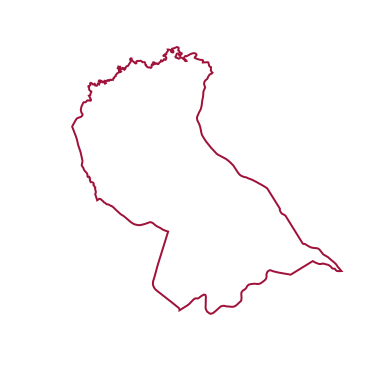 the district of Dambae, Kâmpóng Cham, Cambodia, rotated 328°
{"feature_id": "14789045B62933038539463", "entity_name": "Dambae", "entity_type": "district", "adm_level": 2, "iso_a3": "KHM", "parent_name": "Cambodia", "parent_adm1": "Kâmpóng Cham", "projection": "orthographic", "projection_center": [105.919, 12.024], "detail": "fine", "context": "isolated", "style": "outline", "palette": "rose", "viewbox_px": 384, "rotation_deg": 328, "n_neighbors": 0, "source": "geoboundaries", "source_scale": "gbopen_adm2", "svg_char_len": 5868}
<svg xmlns="http://www.w3.org/2000/svg" viewBox="0 0 384 384"><g transform="rotate(328 192 192)"><path d="M147.6,58.5L146.4,59.1L143.5,61.0L141.2,63.4L140.3,66.0L140.4,68.0L139.6,69.0L137.8,69.4L133.6,68.6L132.0,69.1L126.2,72.3L125.0,73.1L123.0,83.5L121.9,87.5L120.4,91.7L118.7,98.9L115.7,107.4L115.0,108.4L112.7,110.8L112.5,111.6L112.6,114.0L112.3,115.2L112.2,116.7L112.7,119.7L112.8,121.1L112.2,122.5L111.7,123.2L111.7,124.0L112.9,124.5L112.9,125.7L112.3,126.3L112.4,127.1L111.7,127.8L111.3,129.9L112.1,130.4L112.9,131.3L113.2,132.1L112.9,133.2L112.1,133.8L112.3,135.3L112.1,136.4L112.4,136.9L111.6,137.7L110.5,141.0L109.6,142.0L108.8,142.4L107.2,148.8L109.7,148.6L110.7,149.5L111.6,152.4L111.8,153.9L112.5,155.0L113.1,157.1L114.7,158.5L115.8,160.7L116.4,161.3L117.3,163.6L117.6,165.2L119.5,172.2L120.1,173.8L121.4,176.4L124.1,184.9L125.0,187.0L126.1,188.9L128.2,191.0L129.2,191.9L130.9,192.8L135.3,194.2L140.0,195.2L140.9,195.6L142.3,197.5L143.4,201.0L144.4,203.1L145.9,205.4L147.3,208.4L149.0,210.8L150.8,212.9L124.3,235.7L115.0,244.3L111.4,247.4L109.9,249.6L109.5,250.9L109.2,252.6L109.3,254.8L109.7,256.5L116.0,273.8L119.3,283.2L119.2,284.9L118.7,285.7L127.9,285.7L130.3,285.5L136.2,284.0L137.8,283.9L138.7,284.1L140.1,285.1L141.0,285.5L144.3,285.2L146.6,285.2L147.8,285.4L148.8,286.3L148.5,287.8L141.8,298.0L141.4,301.3L142.5,304.2L143.3,305.2L145.5,305.8L148.0,305.6L155.5,304.3L157.4,304.7L158.9,305.5L160.2,306.9L165.4,310.8L167.5,311.6L169.9,311.5L176.0,310.3L177.7,308.4L179.6,304.9L180.7,303.4L183.0,302.5L184.6,302.6L186.3,302.4L187.2,302.1L188.8,301.1L190.9,300.6L193.1,301.3L196.3,302.8L198.7,304.7L200.5,305.6L202.2,305.8L204.0,305.7L206.9,305.4L208.2,305.0L209.7,304.1L210.6,303.0L211.3,301.5L213.2,299.9L214.7,299.4L216.6,299.6L217.5,300.4L218.6,302.0L222.5,306.0L231.9,314.4L257.8,314.6L259.0,316.9L261.6,320.4L263.0,321.3L265.2,322.1L268.9,326.0L270.0,328.2L270.6,331.4L272.4,332.7L272.5,334.3L273.0,335.7L274.5,336.9L276.8,338.2L276.4,334.9L276.0,333.1L275.9,329.7L275.3,327.2L274.1,323.7L272.8,319.3L270.2,314.3L269.8,310.0L269.5,308.1L269.0,306.8L267.9,305.7L264.8,303.3L263.6,302.1L262.0,299.6L260.8,297.0L260.1,295.8L258.9,295.0L258.6,294.5L258.7,261.5L257.7,259.4L257.0,258.6L256.6,256.9L256.6,255.4L256.9,253.7L257.7,252.8L257.7,228.8L255.9,224.8L251.4,216.7L249.2,213.1L247.0,210.3L245.8,208.4L244.0,206.7L242.7,204.9L241.8,203.2L241.4,201.2L241.2,198.1L241.1,191.6L240.4,188.3L239.4,184.7L238.3,181.9L234.1,174.7L233.2,172.7L231.7,165.0L230.7,156.8L230.6,153.4L230.7,148.8L231.3,146.8L232.9,142.7L233.4,141.1L234.1,138.4L234.5,134.1L235.1,132.6L235.9,131.2L239.9,128.4L243.4,126.4L246.0,123.8L248.8,120.3L251.9,117.0L253.0,115.6L253.9,114.2L254.9,112.9L256.4,111.7L258.4,110.5L259.5,106.7L260.7,105.3L262.4,104.4L264.7,104.2L265.4,103.9L266.4,103.0L269.3,101.7L271.5,102.0L272.0,102.0L272.6,101.7L272.3,100.9L272.3,99.9L272.5,98.7L274.2,96.4L274.2,95.9L273.4,94.9L273.5,94.0L274.5,90.8L274.0,90.2L269.8,87.9L270.2,87.2L270.9,86.6L271.0,85.9L270.2,85.1L269.3,84.5L267.0,82.1L265.4,79.7L265.6,79.4L266.5,78.9L267.8,78.7L268.5,78.1L268.7,77.4L268.4,76.5L267.8,75.7L267.3,75.4L265.8,74.6L263.1,74.2L259.3,74.0L258.8,73.4L257.8,73.2L257.2,73.4L256.2,74.1L256.2,75.5L256.9,77.5L256.8,78.0L256.0,77.7L255.6,77.0L255.6,75.6L255.1,74.5L254.7,73.0L254.0,72.1L253.5,71.8L252.4,72.0L251.4,71.9L251.0,71.4L250.6,70.6L249.6,69.5L249.6,68.5L250.7,68.1L252.0,66.9L252.6,66.7L253.3,67.0L253.8,67.4L253.8,68.7L253.5,69.7L253.8,70.0L254.2,70.0L255.3,69.6L255.9,69.6L256.6,69.3L256.8,68.8L255.7,67.3L255.7,65.3L255.4,64.6L257.0,62.9L257.1,62.4L255.9,61.0L253.0,60.6L252.0,60.3L251.2,59.9L250.8,60.0L250.6,60.8L250.9,62.4L250.4,63.5L249.8,63.6L249.3,63.3L248.7,62.4L248.7,61.8L249.1,61.2L248.9,60.1L248.0,59.1L246.9,58.3L246.4,59.4L245.9,59.8L244.1,60.4L243.3,61.4L242.0,60.9L240.5,61.0L240.0,61.3L240.2,61.8L240.8,62.0L241.5,62.5L241.6,63.0L241.3,63.5L241.3,64.6L241.1,65.0L239.7,65.9L239.3,65.8L238.8,64.6L236.6,65.4L235.9,65.3L235.8,64.2L235.4,64.0L234.9,64.5L234.2,64.9L232.9,64.9L231.6,65.6L231.2,65.6L230.6,65.3L230.3,64.2L229.1,64.1L228.9,63.6L228.9,62.5L228.4,61.8L227.8,61.5L227.4,61.8L227.4,63.1L227.2,63.6L226.6,63.6L225.5,62.6L225.0,62.9L224.4,64.1L223.8,64.7L223.2,64.9L222.7,64.8L221.8,63.6L221.0,63.3L220.4,62.5L220.1,60.9L220.3,60.2L219.9,60.1L219.9,59.5L220.7,57.5L220.7,57.0L220.3,56.5L218.9,55.8L218.2,53.6L216.5,52.8L215.4,52.1L214.5,51.8L213.9,51.9L213.2,53.2L212.7,53.3L212.2,53.0L211.8,52.3L211.7,51.2L210.9,49.1L210.8,48.4L211.3,47.5L211.5,46.7L211.1,46.3L210.1,46.4L209.8,46.8L209.6,48.0L209.2,48.8L208.5,49.3L206.1,50.3L205.1,51.0L204.4,51.1L203.5,50.8L202.7,50.8L202.1,51.1L201.5,51.6L200.0,52.5L199.4,52.5L199.3,52.1L200.0,51.3L200.0,50.9L199.0,50.1L198.5,50.7L198.0,50.7L196.6,50.0L196.3,49.5L197.3,48.6L197.3,47.5L196.8,47.4L195.8,48.1L195.3,47.7L195.4,47.1L194.6,47.7L195.3,49.0L194.8,49.3L194.3,50.4L194.9,50.4L195.0,51.0L195.5,51.3L195.7,52.3L195.0,52.4L194.5,52.0L191.4,51.7L190.1,52.3L189.4,52.4L188.7,53.3L187.9,53.2L186.2,53.7L186.2,54.1L184.6,54.5L184.3,54.9L183.8,54.4L183.2,54.5L182.4,53.9L182.1,53.4L181.5,53.5L180.3,52.8L180.3,53.5L179.3,53.0L178.9,52.6L178.2,52.7L177.1,51.5L176.7,51.7L176.9,52.7L176.6,53.5L176.6,54.0L175.6,54.0L175.5,51.4L175.1,51.0L174.1,51.4L173.5,50.2L173.8,49.5L172.8,48.4L172.5,48.2L171.9,48.4L171.5,48.7L171.6,49.3L172.4,50.0L172.1,50.4L171.4,50.7L171.0,50.6L170.3,51.5L169.5,50.3L167.8,51.5L167.5,51.4L166.3,50.3L166.4,49.8L166.9,49.1L166.7,48.6L165.7,48.7L165.1,48.5L164.8,47.6L164.8,47.1L164.1,45.9L163.3,45.8L163.0,46.1L162.8,46.9L162.3,47.6L161.4,47.6L160.7,47.4L160.2,47.4L159.9,47.8L160.1,48.9L159.3,50.1L159.0,51.5L159.8,53.3L159.7,53.9L158.3,54.6L157.1,55.9L156.7,55.9L155.6,55.7L155.6,57.7L155.4,58.1L155.3,60.0L155.0,60.6L154.3,60.8L153.8,60.5L153.4,59.8L152.7,59.6L152.1,59.0L151.2,58.9L150.0,59.4L149.1,59.4L147.6,58.5Z" fill="none" stroke="#9f1239" stroke-width="2"/></g></svg>